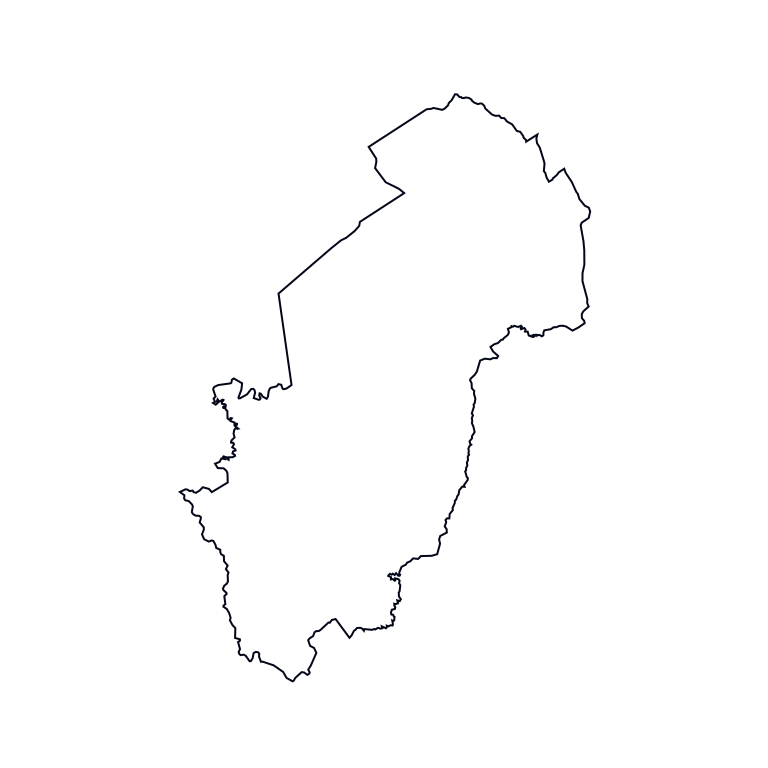 Cascales, Sucumbios, Ecuador, rotated 237°
{"feature_id": "8360857B63398910527025", "entity_name": "Cascales", "entity_type": "district", "adm_level": 2, "iso_a3": "ECU", "parent_name": "Ecuador", "parent_adm1": "Sucumbios", "projection": "mercator", "projection_center": [-77.299, 0.15], "detail": "fine", "context": "isolated", "style": "outline", "palette": "ink", "viewbox_px": 768, "rotation_deg": 237, "n_neighbors": 0, "source": "geoboundaries", "source_scale": "gbopen_adm2", "svg_char_len": 6166}
<svg xmlns="http://www.w3.org/2000/svg" viewBox="0 0 768 768"><g transform="rotate(237 384 384)"><path d="M404.6,154.0L399.4,156.0L396.8,154.0L394.8,154.0L392.1,156.5L387.5,157.4L385.6,157.1L381.3,153.1L379.2,152.9L376.3,154.2L374.2,157.1L372.2,157.9L370.9,157.1L368.3,154.0L361.9,154.8L359.9,153.5L357.1,149.5L351.8,148.6L347.3,151.2L346.6,154.3L345.3,155.4L340.9,155.1L337.9,154.0L334.2,156.4L332.1,155.1L330.0,154.7L327.1,156.1L322.4,153.3L316.9,154.0L314.9,150.6L310.6,150.9L309.0,148.9L303.4,145.6L302.2,143.6L301.8,140.1L300.0,137.4L298.4,137.1L294.8,138.1L293.7,137.7L293.0,134.5L285.7,131.0L285.6,128.9L284.7,128.0L281.0,129.6L276.3,129.4L271.4,128.0L269.8,126.1L264.3,125.6L260.3,126.4L252.1,120.8L248.4,124.1L247.1,123.3L247.1,121.1L240.0,118.8L238.5,116.2L236.3,115.6L234.7,116.1L233.5,118.8L231.4,120.0L224.7,120.3L224.1,121.4L225.6,124.5L229.4,128.2L229.1,130.6L227.6,132.3L225.8,132.5L223.4,130.7L218.1,129.5L217.3,130.9L208.2,138.2L197.4,142.6L190.6,142.2L184.4,145.4L184.4,147.0L185.8,149.3L187.2,158.0L185.6,159.9L181.8,161.3L181.8,163.6L182.6,164.6L185.7,164.9L187.7,169.2L195.3,180.8L200.7,181.6L204.6,179.4L210.5,180.9L211.2,183.4L211.2,187.3L213.6,190.5L213.7,192.5L212.4,194.6L212.3,196.5L214.2,207.5L213.3,208.5L214.5,211.8L213.2,215.4L190.0,216.8L190.7,219.7L193.5,224.6L193.3,225.9L194.1,228.4L192.3,231.5L190.8,232.4L188.0,232.7L189.2,234.0L184.4,240.0L183.8,242.4L182.9,242.9L182.8,246.2L180.8,247.7L180.1,249.6L181.9,250.2L178.1,252.6L178.6,254.0L179.8,254.7L178.4,255.6L178.0,258.3L176.8,259.6L177.7,260.7L181.1,262.1L180.1,262.7L180.3,263.9L183.0,266.0L183.7,265.6L185.5,266.0L186.7,264.6L188.7,265.5L190.4,267.7L189.4,270.6L190.6,271.9L192.2,271.9L194.1,272.9L193.0,273.9L192.5,276.3L195.3,277.3L193.3,278.9L194.3,280.9L197.6,280.8L201.1,282.8L201.6,284.1L206.4,288.1L208.8,288.2L210.4,289.9L212.3,289.9L214.9,287.6L213.1,286.5L213.3,285.7L215.4,285.4L216.4,283.4L218.1,284.7L220.7,283.0L221.1,283.4L221.5,285.7L219.9,286.6L220.1,288.1L218.0,288.9L218.8,291.1L215.4,291.6L214.7,292.6L215.2,293.6L216.5,293.4L217.9,294.5L221.1,299.2L220.6,304.0L221.6,306.0L221.0,309.6L221.9,313.4L218.7,317.4L219.6,321.2L213.9,330.5L212.3,335.9L219.5,344.0L223.7,345.6L225.9,348.4L225.2,355.8L228.3,357.5L231.4,357.3L234.2,360.9L236.4,361.5L237.0,363.6L235.7,365.6L239.2,368.3L240.8,373.1L242.7,374.0L245.6,378.5L247.6,380.0L247.6,381.3L250.2,384.7L250.6,386.2L254.0,389.4L255.3,393.8L253.9,395.6L255.6,396.0L257.9,401.8L259.4,403.1L261.1,402.8L266.5,404.5L267.0,406.0L268.6,406.8L270.3,409.5L273.1,410.8L274.2,412.8L277.7,414.9L278.3,416.8L279.8,417.0L281.4,418.5L283.9,419.6L285.3,421.7L285.6,424.1L286.7,423.7L289.4,424.6L290.5,428.3L292.3,429.3L294.3,433.8L299.3,435.7L303.3,436.4L305.1,438.0L307.6,439.1L309.3,441.6L311.5,441.6L316.0,447.1L317.9,447.9L318.6,449.7L322.0,452.7L326.8,454.1L329.0,455.9L332.5,455.3L337.2,458.0L340.3,458.2L341.3,459.6L342.3,465.1L343.8,468.6L351.3,477.4L350.3,482.4L346.8,486.6L346.3,489.7L344.2,492.7L345.3,495.0L351.9,493.2L357.1,493.5L357.3,498.3L356.3,501.7L357.2,506.4L356.5,507.9L357.2,509.3L357.7,514.5L359.1,516.8L362.8,518.0L362.3,521.5L363.1,522.4L361.8,523.3L361.9,524.9L358.8,527.5L358.2,530.7L356.8,530.8L356.3,529.0L355.3,528.8L354.5,532.2L352.6,532.4L351.2,530.8L349.6,533.0L345.9,531.8L344.4,532.8L344.4,533.5L343.7,533.4L342.1,534.7L342.1,535.4L342.8,534.7L343.8,535.6L343.7,536.3L342.8,536.4L342.8,537.9L341.9,539.1L341.2,538.8L341.3,539.7L340.1,541.4L338.0,542.3L338.0,544.1L340.5,545.9L341.7,547.7L339.1,553.8L339.2,557.2L337.8,559.4L337.2,562.7L335.7,565.4L333.1,568.0L326.1,571.2L325.5,577.8L325.7,585.4L328.0,586.3L331.3,585.8L334.9,587.9L336.4,590.8L337.5,597.8L341.3,598.5L344.4,600.7L362.2,606.5L368.9,610.9L374.9,617.0L387.1,624.8L395.0,629.0L409.9,635.3L411.6,637.6L411.8,646.2L416.4,650.9L420.3,651.8L424.2,649.5L432.6,648.6L437.9,650.1L440.5,649.9L450.9,651.5L462.1,651.4L466.4,652.4L466.3,645.8L465.1,642.7L464.5,637.6L463.7,636.6L463.8,632.5L468.7,632.8L472.9,634.2L475.5,634.0L481.3,638.6L483.7,639.5L497.5,643.4L502.6,643.5L506.8,645.4L509.7,648.5L509.8,635.2L511.3,636.0L514.7,635.2L515.9,635.8L521.3,635.6L523.9,633.2L531.9,632.9L537.0,630.2L541.5,629.6L543.2,627.2L546.4,626.7L548.1,623.6L551.2,621.3L559.9,619.0L562.8,619.6L565.5,619.0L566.8,617.7L567.6,615.2L570.7,613.0L573.8,612.0L574.9,612.3L577.8,610.9L579.9,608.4L580.1,607.0L581.4,605.1L582.6,605.0L583.5,603.6L587.0,603.1L588.3,601.3L585.1,595.2L584.4,591.5L582.8,589.4L581.9,584.7L582.2,582.2L588.6,575.8L588.9,573.9L591.2,569.3L591.2,500.3L577.3,500.2L574.5,498.6L569.9,494.1L552.3,495.3L539.4,502.9L533.1,504.9L533.1,452.1L530.1,449.3L528.3,442.8L527.2,431.9L527.9,426.3L526.7,414.3L517.3,344.8L433.5,305.9L433.3,299.9L434.2,297.2L434.8,296.5L436.0,296.5L439.3,297.4L441.4,295.4L440.5,292.8L442.5,286.9L442.2,285.5L440.8,283.4L436.4,279.6L435.5,277.5L439.6,275.4L442.8,275.4L443.9,274.6L442.4,273.1L439.2,272.7L438.6,271.5L439.0,270.3L443.1,267.1L447.1,271.3L449.6,272.1L451.1,271.7L452.1,269.9L449.9,263.5L450.4,255.5L451.0,254.4L451.9,254.5L456.9,261.3L461.9,265.4L470.5,261.0L470.4,258.8L468.1,256.5L468.1,255.7L473.4,244.4L474.0,240.1L473.3,238.5L472.1,237.7L465.2,235.9L464.6,233.2L461.0,232.5L461.2,230.3L458.3,231.6L458.8,234.8L460.4,234.3L461.8,236.1L459.5,236.3L458.7,237.1L458.9,239.9L458.1,240.7L457.5,240.1L457.5,238.7L456.4,237.6L455.5,237.4L453.8,239.6L452.6,239.9L451.6,239.1L452.6,237.4L452.3,236.5L451.3,236.3L450.4,238.0L448.8,237.3L446.7,237.9L440.3,234.0L438.9,234.4L438.8,237.1L438.1,237.7L437.3,235.2L436.6,235.0L433.2,237.6L431.4,236.5L431.4,238.4L430.7,239.0L429.9,238.4L429.8,236.2L425.9,237.5L426.2,236.6L427.8,235.6L427.0,233.3L424.3,230.8L420.6,229.6L419.8,225.6L418.9,224.3L418.2,223.8L416.9,225.4L415.3,225.5L413.6,222.3L410.3,223.7L409.1,223.3L409.7,220.7L408.3,219.1L405.7,220.3L404.8,219.9L405.1,217.1L407.2,213.7L405.1,212.4L406.7,211.6L407.6,212.6L410.7,210.0L410.5,209.5L408.7,210.1L407.6,209.7L410.1,207.2L408.2,203.6L409.2,198.9L404.0,198.8L400.6,203.6L396.9,204.6L394.4,204.1L386.5,199.3L387.1,180.7L391.4,180.0L396.1,175.8L395.1,171.4L395.1,167.2L397.1,165.4L398.8,165.5L400.1,162.6L402.4,161.7L403.8,160.2L404.6,154.0Z" fill="none" stroke="#020617" stroke-width="2"/></g></svg>